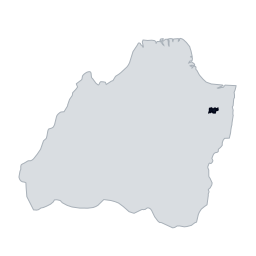 Afijio, Oyo, Nigeria shown in context, rotated 186°
{"feature_id": "59680162B11241948791785", "entity_name": "Afijio", "entity_type": "district", "adm_level": 2, "iso_a3": "NGA", "parent_name": "Nigeria", "parent_adm1": "Oyo", "projection": "robinson", "projection_center": [3.925, 7.738], "detail": "fine", "context": "in_parent", "style": "filled", "palette": "ink", "viewbox_px": 256, "rotation_deg": 186, "n_neighbors": 0, "source": "geoboundaries", "source_scale": "gbopen_adm2", "svg_char_len": 4639}
<svg xmlns="http://www.w3.org/2000/svg" viewBox="0 0 256 256"><g transform="rotate(186 128 128)"><path d="M213.4,36.7L221.4,49.1L223.1,58.2L223.8,62.8L225.1,63.3L227.6,63.5L229.4,64.4L230.5,65.9L231.2,67.4L231.3,68.2L230.9,73.7L230.3,75.7L230.6,78.4L230.5,79.5L230.3,80.3L229.2,81.2L227.7,82.1L224.1,84.8L223.1,85.1L221.6,85.2L220.3,85.9L218.8,87.3L215.5,92.5L212.7,97.8L210.7,106.4L208.2,109.1L207.8,111.4L207.4,116.8L207.0,118.4L206.6,118.8L203.9,119.9L202.4,121.1L201.4,123.5L200.3,131.7L199.9,133.1L199.0,134.5L197.6,136.0L196.4,136.9L193.3,137.5L190.4,143.6L190.4,144.7L189.1,150.3L186.8,154.6L186.7,157.3L183.9,161.0L182.4,163.5L183.9,166.2L184.0,166.6L179.2,171.1L178.9,171.8L178.7,174.9L178.3,175.7L177.4,176.9L176.1,178.1L174.8,179.1L173.3,179.8L171.8,180.0L171.0,179.6L170.5,178.7L169.7,174.9L169.3,174.1L168.3,173.3L164.5,169.1L162.2,167.7L161.8,167.8L161.4,168.2L160.7,170.3L160.1,171.1L158.9,171.3L156.8,171.3L155.3,171.1L155.0,170.6L154.2,169.0L149.5,172.8L147.9,173.6L145.8,178.1L142.9,180.4L140.9,182.3L135.5,188.5L134.4,190.3L133.3,193.0L131.0,204.5L127.3,211.6L126.7,213.2L126.0,213.8L124.6,213.4L123.9,212.0L123.0,211.8L121.5,209.9L121.1,210.2L122.8,215.1L122.2,217.1L117.6,217.1L113.6,217.8L110.9,217.7L109.5,217.0L108.9,215.2L108.7,215.3L108.5,216.3L107.7,217.1L104.6,217.3L103.3,216.0L102.2,214.6L101.0,213.9L101.2,214.5L102.5,215.9L102.4,217.9L99.9,220.2L98.4,220.4L97.4,219.4L96.9,217.7L96.6,215.3L96.0,213.8L95.6,213.8L96.1,216.4L96.1,218.8L97.3,220.7L95.5,221.3L93.3,221.4L93.0,220.7L92.8,219.1L92.4,218.7L91.9,221.3L87.5,222.1L86.9,222.0L86.7,221.5L87.1,220.7L87.0,219.5L86.0,220.5L85.9,222.3L85.3,222.6L83.6,222.3L81.8,221.4L78.8,219.1L75.1,215.3L74.5,213.6L73.5,211.5L71.6,205.8L71.9,205.5L72.8,205.9L73.2,205.3L71.6,204.9L71.3,204.5L71.2,203.2L71.3,201.7L73.6,200.9L74.1,199.9L74.4,199.0L71.6,200.4L68.9,198.8L68.3,197.8L68.6,197.1L71.7,197.0L72.8,196.3L72.2,196.0L71.0,196.1L70.5,195.6L70.6,194.4L70.2,194.7L69.7,195.7L67.9,196.5L66.8,195.7L66.7,194.0L66.5,193.2L65.6,192.6L62.5,188.1L58.5,184.4L55.0,181.8L49.7,180.5L38.6,180.6L38.0,180.2L38.6,179.6L39.6,179.2L43.2,177.1L42.6,176.8L38.9,178.2L37.6,178.3L35.9,180.8L25.0,181.4L25.0,180.2L25.5,176.9L26.2,174.6L25.5,171.8L25.3,169.3L25.7,168.5L25.9,167.6L25.8,161.1L26.4,160.2L26.4,159.5L25.3,156.8L25.3,154.7L25.1,152.6L24.7,151.7L25.1,143.8L25.0,141.9L25.3,140.5L25.5,137.1L25.5,133.8L26.2,128.5L30.9,127.8L32.1,125.8L32.7,123.2L32.5,120.6L34.0,118.3L35.9,116.3L35.8,114.1L36.3,113.5L37.2,112.9L38.4,112.7L39.8,111.6L40.6,109.7L41.4,106.6L40.2,104.5L40.2,104.0L40.6,102.8L41.4,101.7L42.0,101.3L43.3,101.6L43.7,101.2L44.6,97.8L44.5,96.9L43.3,94.6L42.6,88.5L42.2,87.7L41.2,86.6L38.6,82.2L38.7,80.2L39.8,77.6L40.5,76.3L41.5,75.6L41.7,75.0L41.4,74.3L40.9,73.7L40.8,72.6L41.3,70.9L41.1,69.1L41.4,59.9L43.5,58.1L46.6,55.0L48.2,51.9L49.0,49.5L50.0,41.6L51.7,40.7L54.8,37.8L59.0,36.2L61.7,35.6L66.5,36.0L68.9,35.7L71.0,34.1L71.9,33.7L73.2,33.4L85.2,37.5L86.3,37.3L87.2,37.6L88.7,38.7L92.2,42.5L95.9,48.5L97.1,49.8L98.2,50.4L99.4,50.7L100.3,50.6L101.2,50.0L102.3,48.9L104.1,48.4L105.5,48.5L112.9,43.9L113.7,43.9L118.2,44.9L124.5,49.4L129.6,52.4L133.2,53.4L137.4,54.1L144.6,54.3L149.9,47.9L151.9,46.5L154.3,45.3L159.4,44.1L167.7,43.3L175.5,43.6L180.4,44.7L185.5,46.8L187.8,48.8L191.2,49.2L193.7,48.8L194.5,46.8L197.0,44.2L200.7,41.8L203.8,40.1L206.3,39.3L208.5,37.4L210.3,36.8L213.4,36.7ZM104.9,219.8L103.2,220.4L102.1,220.3L103.6,217.7L104.4,218.2L105.4,218.5L104.9,219.8Z" fill="#d9dde1" stroke="#a8b0b8" stroke-width="1"/><path d="M41.1,154.9L40.5,155.2L40.4,155.5L40.8,157.0L42.0,156.2L42.4,156.2L42.4,156.3L42.7,156.5L43.0,156.6L43.5,156.9L44.1,156.6L44.3,156.5L44.5,156.1L44.9,155.9L45.0,155.8L45.2,155.7L45.3,155.7L45.6,155.6L45.9,155.6L46.1,155.6L46.5,155.7L46.5,156.1L46.5,156.3L46.8,156.4L47.0,156.3L47.1,156.2L47.4,156.2L47.5,156.4L48.0,155.8L48.4,155.9L48.6,156.1L48.8,156.0L48.7,155.8L48.4,155.6L48.5,155.5L48.8,155.5L48.8,155.3L48.9,155.0L48.8,154.7L48.8,154.4L48.7,154.3L48.6,154.2L48.7,153.9L48.7,153.7L48.7,153.2L48.8,153.0L48.8,152.7L49.1,152.2L49.1,151.9L49.1,151.7L48.9,151.8L48.7,151.9L48.4,152.1L48.2,152.3L47.8,152.4L47.6,152.6L47.4,152.7L47.3,152.4L47.2,152.5L46.9,152.6L46.8,152.8L46.7,152.8L46.8,152.8L46.9,153.0L46.7,153.2L46.4,153.2L46.3,153.3L46.2,153.4L46.1,153.5L45.9,153.5L45.7,153.6L45.5,153.4L45.4,153.4L45.5,153.4L45.4,153.3L45.4,153.2L45.5,153.1L45.5,152.9L45.4,152.8L45.4,152.7L45.3,152.4L45.2,152.3L45.2,152.2L44.9,152.0L44.7,152.3L44.4,152.3L44.2,152.2L43.8,152.2L43.6,152.2L43.1,152.0L42.9,152.4L42.8,152.6L42.8,152.8L42.9,153.1L42.6,153.8L42.0,155.2L41.1,154.9Z" fill="#0f172a" stroke="#020617" stroke-width="1.5"/></g></svg>